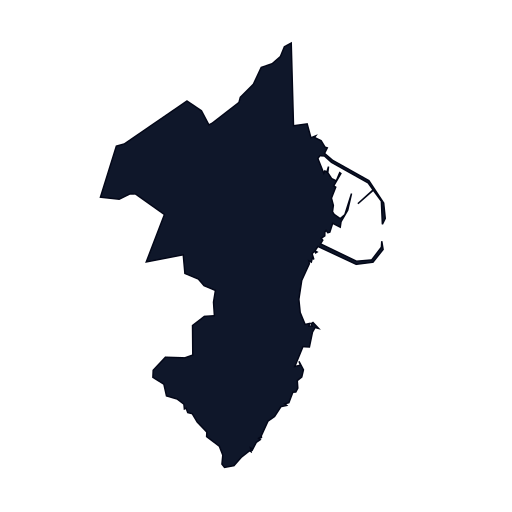 Dún Laoghaire Lea-7, Dún Laoghaire–Rathdown, Ireland (Natural Earth projection), rotated 76°
{"feature_id": "5873133B92378397401252", "entity_name": "Dún Laoghaire Lea-7", "entity_type": "district", "adm_level": 2, "iso_a3": "IRL", "parent_name": "Ireland", "parent_adm1": "Dún Laoghaire–Rathdown", "projection": "natural_earth1", "projection_center": [-6.126, 53.283], "detail": "fine", "context": "isolated", "style": "filled", "palette": "ink", "viewbox_px": 512, "rotation_deg": 76, "n_neighbors": 0, "source": "geoboundaries", "source_scale": "gbopen_adm2", "svg_char_len": 2143}
<svg xmlns="http://www.w3.org/2000/svg" viewBox="0 0 512 512"><g transform="rotate(76 256 256)"><path d="M161.3,392.7L167.8,375.0L165.3,363.6L166.6,358.0L193.6,334.8L235.2,363.9L237.2,326.3L255.7,329.2L264.4,317.5L272.2,313.6L279.6,303.7L290.5,308.4L303.9,310.8L302.1,320.7L308.1,334.4L336.8,341.3L337.6,349.7L332.3,368.4L342.0,383.4L348.8,385.4L358.1,376.4L370.1,376.7L375.7,367.1L382.3,361.8L387.1,362.5L386.8,360.6L391.4,360.1L393.6,356.0L402.9,353.2L415.0,346.3L419.3,347.6L431.7,337.6L441.2,336.4L449.7,339.4L453.5,337.7L454.1,328.1L447.7,318.9L443.4,309.4L444.7,308.1L440.7,307.8L442.4,306.1L444.1,307.2L436.9,300.8L435.2,296.3L433.5,297.6L432.8,295.2L419.1,284.3L416.2,276.8L408.2,268.2L408.4,262.4L406.4,263.9L406.3,259.6L397.1,253.2L397.6,250.3L394.3,247.4L386.9,246.1L384.5,240.9L377.9,237.5L368.6,239.8L372.7,239.3L372.6,245.1L355.3,232.4L357.2,226.2L343.5,219.6L339.7,216.0L341.4,212.8L334.3,216.8L335.0,218.9L337.8,218.4L336.7,221.6L334.4,220.3L334.3,224.9L321.5,226.8L308.4,224.9L290.7,217.5L276.4,206.1L273.4,206.0L275.3,203.8L271.3,201.7L273.3,200.7L267.3,201.0L265.3,197.7L267.4,197.4L266.9,195.8L265.3,197.6L261.7,193.6L288.3,160.8L290.3,144.0L280.4,131.1L272.1,130.4L277.8,132.2L287.8,144.7L285.4,159.7L259.8,190.5L256.8,187.4L254.6,188.5L253.1,184.4L249.4,183.4L248.1,181.8L250.8,180.7L250.7,178.6L242.8,173.7L248.4,167.3L243.3,165.2L233.7,155.9L218.5,148.2L237.4,159.8L240.1,165.3L234.5,170.1L231.6,171.1L225.6,168.7L218.1,168.8L208.5,162.0L206.8,163.7L196.5,153.7L195.4,154.6L202.5,159.9L199.2,163.9L192.5,166.2L186.8,164.0L191.7,167.0L190.1,168.6L192.2,170.2L176.4,172.4L174.1,169.8L175.5,165.4L183.4,160.1L212.2,129.5L220.2,126.4L229.9,144.5L220.5,126.3L233.1,121.1L255.8,125.7L250.8,121.5L235.5,119.3L210.2,128.2L181.7,158.5L173.0,164.7L168.3,160.7L167.1,162.7L159.9,164.9L155.1,170.6L153.9,169.1L154.6,174.1L140.2,174.4L138.7,188.1L57.9,170.3L59.8,177.8L68.4,184.1L73.3,193.7L74.3,205.3L88.7,217.0L98.2,232.8L102.9,235.4L116.5,266.3L117.4,270.0L101.9,273.8L88.9,285.5L115.4,356.6L115.6,364.9L161.3,392.7ZM433.9,296.0L433.2,294.5L432.4,294.5L433.9,296.0Z" fill="#0f172a" stroke="#020617" stroke-width="1.5"/></g></svg>